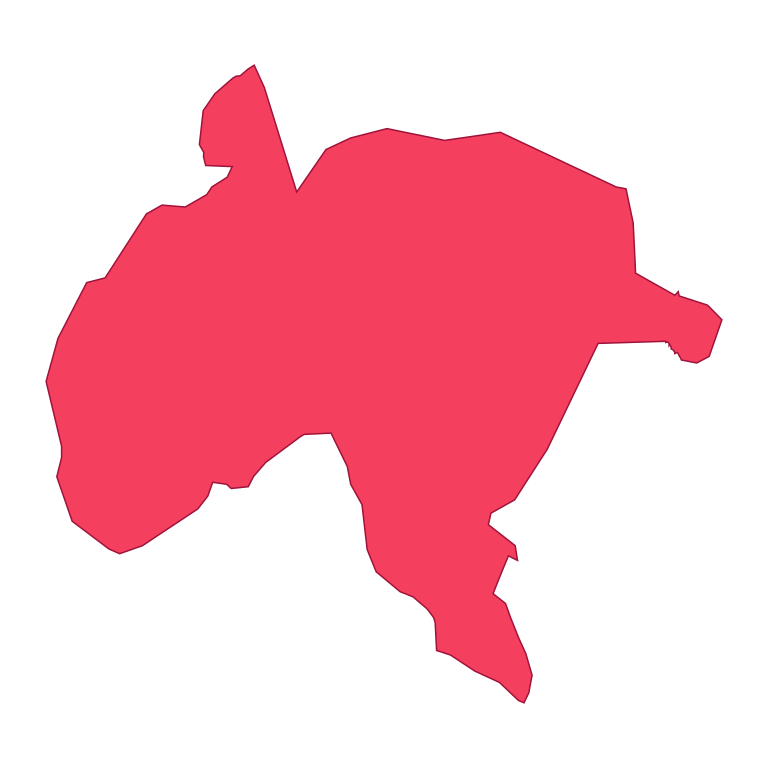 outline of Charles, Maryland, United States of America
{"feature_id": "52423323B57744592027693", "entity_name": "Charles", "entity_type": "district", "adm_level": 2, "iso_a3": "USA", "parent_name": "United States of America", "parent_adm1": "Maryland", "projection": "albers", "projection_center": [-76.955, 38.48], "detail": "fine", "context": "isolated", "style": "filled", "palette": "rose", "viewbox_px": 768, "rotation_deg": 0, "n_neighbors": 0, "source": "geoboundaries", "source_scale": "gbopen_adm2", "svg_char_len": 1579}
<svg xmlns="http://www.w3.org/2000/svg" viewBox="0 0 768 768"><path d="M709.2,356.4L721.9,319.8L707.6,305.2L680.0,296.2L679.2,295.9L678.2,291.6L674.9,295.3L635.6,273.2L633.2,223.0L626.0,188.8L616.2,187.0L500.3,132.3L444.6,140.4L387.0,128.6L350.8,137.9L326.0,149.5L296.7,192.0L264.4,87.7L254.2,65.2L248.1,69.0L240.2,75.8L236.1,76.2L232.6,78.3L214.8,93.8L203.2,110.7L201.0,130.3L199.4,144.6L203.8,152.5L203.5,156.7L205.7,165.5L227.0,166.4L232.2,166.6L227.3,177.1L211.8,187.0L206.8,194.6L185.2,207.0L162.0,205.1L146.5,213.8L117.5,258.7L105.1,277.9L99.2,279.4L86.7,282.6L77.4,300.6L67.7,319.5L58.0,338.3L46.1,381.4L61.6,446.3L61.6,457.5L56.8,476.7L72.2,521.3L109.1,549.1L119.6,553.7L142.4,545.7L197.8,508.9L207.8,496.1L209.8,490.5L212.7,482.3L226.7,484.3L231.2,488.5L248.3,486.7L253.5,476.5L265.6,462.5L300.3,436.7L302.6,435.3L304.2,434.4L330.7,433.1L331.0,433.1L347.3,466.5L350.7,484.3L362.0,504.6L367.2,549.7L376.2,571.8L400.1,591.7L413.1,596.9L427.1,608.9L432.5,616.0L433.6,617.6L435.2,622.6L435.2,623.0L436.6,650.5L450.4,655.0L474.8,671.1L497.2,681.4L499.4,682.4L518.5,700.5L524.0,702.8L528.8,692.8L531.7,677.2L532.1,675.3L525.9,653.8L518.8,638.2L510.9,618.4L505.5,603.5L493.1,593.7L499.8,576.7L505.1,563.8L508.4,555.9L517.5,560.4L515.2,545.7L488.4,524.7L490.9,513.2L514.7,499.8L547.2,449.3L598.1,343.4L665.6,341.3L665.7,342.5L667.5,342.0L668.9,343.0L669.1,345.4L669.6,344.5L671.0,346.8L671.3,349.1L673.3,349.9L674.7,352.3L674.8,353.6L676.9,352.5L678.2,353.6L679.0,355.6L680.5,357.9L681.4,360.0L696.7,363.0L709.2,356.4Z" fill="#f43f5e" stroke="#9f1239" stroke-width="1.5"/></svg>